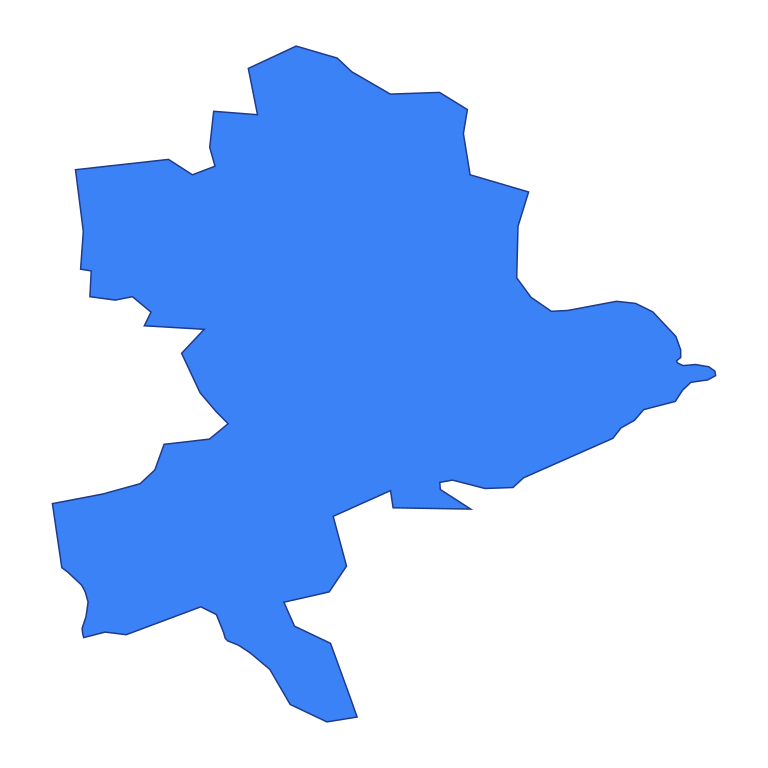 outline of Limbaži
{"feature_id": "LVA-1086", "entity_name": "Limbaži", "entity_type": "Municipality", "adm_level": 1, "iso_a3": "LVA", "parent_name": "Latvia", "parent_adm1": "", "projection": "robinson", "projection_center": [24.697, 57.497], "detail": "fine", "context": "isolated", "style": "filled", "palette": "blue", "viewbox_px": 768, "rotation_deg": 0, "n_neighbors": 0, "source": "natural_earth", "source_scale": "10m", "svg_char_len": 1345}
<svg xmlns="http://www.w3.org/2000/svg" viewBox="0 0 768 768"><path d="M61.8,567.6L52.4,503.6L102.8,494.0L140.1,483.7L154.8,470.0L164.1,444.3L209.4,439.1L228.1,423.7L216.1,411.6L200.1,392.8L181.6,353.3L204.2,329.3L144.3,325.8L151.0,312.1L132.4,296.7L115.1,300.1L89.9,296.7L91.2,270.9L80.6,269.2L83.3,231.4L75.5,169.7L168.5,159.4L192.4,174.8L215.0,166.2L209.7,147.3L213.7,111.3L257.5,114.7L248.3,68.4L296.1,46.1L337.2,58.1L351.8,71.8L390.3,94.1L439.5,92.4L467.4,109.6L463.4,133.6L470.1,174.8L528.6,192.0L518.0,226.3L516.7,277.8L531.0,297.3L551.3,311.3L567.4,310.5L616.5,301.3L635.6,303.4L652.8,311.9L675.9,336.5L680.7,349.9L680.7,357.5L676.6,360.7L677.3,362.8L683.1,365.6L695.4,364.5L708.9,366.8L714.9,371.2L715.6,375.6L707.8,379.9L690.9,382.3L682.6,390.2L675.3,401.4L643.7,409.6L634.5,420.3L621.0,427.9L612.9,438.3L523.5,477.8L513.0,487.5L485.0,488.5L452.5,480.1L439.8,482.4L440.3,489.5L470.7,509.1L393.1,507.8L390.5,490.6L333.2,516.3L346.5,566.1L329.2,591.9L283.9,602.2L294.5,626.2L330.5,643.3L350.5,698.3L357.1,717.0L326.9,721.9L290.2,704.5L269.9,669.5L250.2,652.9L238.3,645.1L227.7,640.9L225.2,638.2L223.5,632.3L216.4,614.6L200.8,606.8L126.2,634.7L115.8,633.4L105.1,632.1L83.7,637.6L82.7,633.7L82.1,628.4L86.0,616.6L88.1,602.0L85.2,591.8L81.6,585.1L67.5,571.9L62.1,567.9L61.8,567.6Z" fill="#3b82f6" stroke="#1e3a8a" stroke-width="1.5"/></svg>